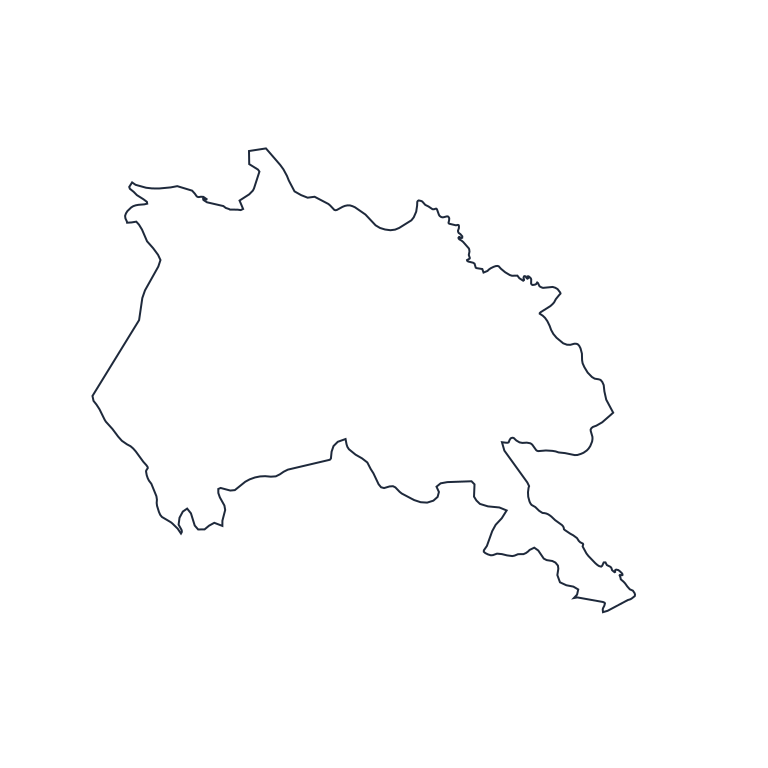 map outline of Diyala (Natural Earth projection), rotated 105°
{"feature_id": "IRQ-3243", "entity_name": "Diyala", "entity_type": "Province", "adm_level": 1, "iso_a3": "IRQ", "parent_name": "Iraq", "parent_adm1": "", "projection": "natural_earth1", "projection_center": [45.079, 34.055], "detail": "fine", "context": "isolated", "style": "outline", "palette": "slate", "viewbox_px": 768, "rotation_deg": 105, "n_neighbors": 0, "source": "natural_earth", "source_scale": "10m", "svg_char_len": 6144}
<svg xmlns="http://www.w3.org/2000/svg" viewBox="0 0 768 768"><g transform="rotate(105 384 384)"><path d="M541.6,145.2L537.5,143.0L532.2,143.2L530.7,148.6L531.2,155.8L530.0,162.7L523.7,167.1L517.3,167.8L514.4,169.0L512.1,172.2L511.4,175.6L512.0,181.3L511.3,184.5L504.9,191.9L503.2,196.5L506.6,200.4L508.5,201.5L510.5,203.1L512.2,205.2L513.7,210.5L516.0,213.5L517.0,215.5L517.7,220.8L517.8,226.1L518.6,230.9L521.1,234.5L521.8,236.4L521.7,239.4L521.1,242.4L520.2,244.2L518.8,244.5L513.8,242.7L498.1,241.4L491.1,239.7L483.2,235.5L474.4,232.8L473.4,240.6L475.3,251.9L475.0,260.3L472.6,264.6L469.5,267.9L457.5,270.6L455.3,274.3L462.4,297.5L465.3,303.6L469.6,306.7L474.1,303.0L479.2,303.0L483.9,306.1L487.4,311.6L488.7,318.0L488.3,324.9L485.2,338.5L484.1,341.0L480.9,346.3L480.4,348.9L481.5,352.1L484.5,357.0L484.5,360.1L482.2,363.3L473.0,371.1L469.6,374.8L464.1,379.8L461.5,386.0L459.6,393.2L456.1,401.0L454.2,403.1L451.9,404.6L447.1,406.9L451.8,413.7L457.0,416.7L462.9,417.1L469.7,416.0L471.2,416.7L491.6,454.7L494.7,458.2L498.2,461.2L501.2,464.6L502.8,469.3L503.8,475.0L505.4,479.9L507.7,484.5L510.9,489.1L514.3,492.7L525.1,500.6L526.7,504.9L526.7,514.9L528.3,516.9L532.2,515.8L536.0,513.2L542.7,506.7L546.8,504.8L557.9,504.7L562.9,503.4L562.0,512.0L566.1,516.3L570.9,519.7L572.6,525.9L569.7,530.2L558.9,537.0L555.3,541.9L559.3,545.3L566.1,546.9L573.0,546.0L577.2,541.9L578.4,541.2L579.5,541.0L581.0,541.4L577.1,545.9L573.5,552.3L572.7,554.1L569.9,564.1L568.3,566.3L565.8,568.3L560.4,571.7L557.7,572.8L554.5,573.4L551.3,574.8L540.6,582.9L538.2,586.0L536.2,587.8L533.5,589.6L530.1,591.2L529.1,591.3L526.3,590.4L525.3,590.9L524.0,592.4L521.4,596.4L513.4,606.3L511.2,609.6L509.7,612.7L508.8,616.6L506.7,622.5L503.6,627.2L497.7,634.7L492.4,642.9L490.8,644.6L482.0,652.3L478.3,656.4L475.5,660.2L471.0,662.5L385.7,637.1L363.5,639.7L355.4,639.1L329.0,632.4L322.1,632.0L317.7,635.7L312.6,642.1L307.5,649.8L297.5,657.7L293.5,661.9L291.3,665.3L293.3,669.7L294.7,673.9L293.6,674.4L291.0,676.6L288.6,677.6L286.0,677.4L283.4,676.6L278.9,673.9L277.1,672.2L275.7,670.1L274.5,667.6L272.5,662.0L271.1,659.4L269.4,660.2L267.8,664.2L265.5,671.6L263.2,675.5L261.2,680.0L259.6,681.1L254.5,679.5L255.9,675.5L256.0,664.6L255.1,658.6L253.3,651.7L249.3,640.9L246.4,634.9L246.9,619.4L249.1,616.0L251.2,613.5L251.5,612.5L251.4,611.3L250.5,609.3L250.0,606.9L251.6,602.4L251.6,605.0L251.0,605.8L251.1,606.6L251.9,606.7L253.0,606.0L254.3,602.0L253.7,585.2L254.9,582.4L255.1,579.0L255.4,577.9L253.5,570.6L253.1,567.4L251.4,565.4L244.2,571.0L235.7,563.3L231.1,560.7L228.8,560.2L211.1,559.3L209.5,561.2L206.5,571.1L193.9,574.7L187.0,559.0L199.3,540.9L202.7,536.7L208.1,531.6L212.1,528.6L221.1,520.3L223.0,513.0L223.8,506.0L221.1,499.5L224.5,484.3L225.5,482.2L228.7,477.0L228.7,475.8L228.1,474.6L223.6,469.9L222.1,467.9L220.9,465.5L220.3,463.0L220.4,460.4L220.8,457.8L225.1,445.8L232.9,433.2L234.3,428.3L234.5,423.0L233.8,417.6L232.0,413.2L229.3,409.7L218.8,399.9L215.3,398.4L209.2,397.5L203.0,398.2L199.5,399.0L198.4,398.7L197.7,398.0L197.6,395.6L197.8,394.3L200.3,390.5L201.0,387.0L202.6,382.4L202.3,381.0L201.1,379.1L201.5,378.1L206.4,374.7L207.3,373.7L207.9,372.0L207.9,370.8L207.6,369.8L205.9,366.8L205.6,365.7L206.1,364.7L207.0,363.9L208.9,363.5L211.6,363.4L212.1,363.0L212.3,362.3L212.1,355.6L211.2,353.8L211.2,353.1L212.0,352.5L214.1,352.0L216.8,352.2L217.8,351.8L218.8,350.9L219.4,349.1L221.1,346.6L222.5,346.3L222.9,346.9L223.0,347.7L222.4,349.1L222.5,349.5L223.6,349.9L224.3,349.4L224.8,348.6L225.4,346.3L226.3,344.3L231.1,337.1L232.0,336.5L234.0,335.7L237.4,335.5L240.1,333.7L240.8,333.8L242.8,335.9L243.4,335.6L243.9,334.4L243.8,329.3L244.3,327.7L247.9,325.5L248.1,324.4L247.5,318.8L250.6,316.7L248.0,313.3L246.4,312.4L244.6,310.9L242.5,308.5L241.2,306.6L240.6,305.0L240.6,303.7L242.4,300.9L244.7,295.9L246.2,290.6L246.3,288.4L244.8,283.2L246.8,280.6L248.2,276.3L247.5,275.7L246.8,275.8L245.5,276.7L243.9,276.7L243.4,276.1L243.4,275.3L245.0,273.3L245.1,272.6L244.4,272.1L242.8,273.0L242.6,272.6L242.8,271.5L243.9,269.6L244.8,268.9L248.9,267.9L249.7,267.1L249.9,266.0L248.9,263.8L248.1,262.9L246.3,262.3L246.6,261.5L249.4,259.0L249.9,256.9L250.0,255.3L246.6,246.2L246.7,243.5L247.4,240.9L250.1,237.4L251.0,236.9L253.1,238.0L257.6,240.0L261.1,240.8L263.1,241.8L265.6,243.4L273.9,251.1L275.1,251.9L275.8,251.8L276.9,248.4L278.4,245.6L281.0,242.5L284.9,239.1L288.6,236.5L291.9,233.3L294.7,229.3L298.3,221.5L298.7,217.4L297.9,214.1L295.9,210.7L295.4,208.9L295.4,207.3L296.5,205.4L298.7,203.4L303.4,200.7L309.8,198.8L312.6,197.5L315.9,194.8L320.3,190.2L323.4,185.0L324.3,181.9L323.9,177.8L324.0,175.9L325.5,173.7L328.2,171.5L334.1,169.2L341.6,165.3L352.4,155.2L364.5,163.3L369.3,168.1L371.4,171.1L372.9,172.2L374.5,172.6L375.8,172.2L381.1,169.0L383.1,168.4L385.7,168.1L390.6,168.7L393.5,169.7L395.7,170.9L398.8,173.5L400.6,175.8L402.5,178.8L403.3,181.3L403.9,191.3L404.9,197.6L404.7,200.8L405.0,204.0L406.3,210.4L408.9,217.6L408.9,218.8L408.5,219.9L404.3,225.0L403.7,226.2L403.4,227.5L403.7,230.9L405.1,235.1L405.3,238.0L404.3,241.6L402.6,244.7L402.6,245.8L403.2,247.0L403.8,247.6L405.6,248.2L408.1,248.5L408.7,249.3L409.1,250.7L409.7,255.0L417.2,250.5L442.0,220.1L445.1,217.4L446.8,217.5L451.3,216.9L455.6,215.5L459.9,213.0L461.5,211.6L462.6,210.2L463.7,206.0L466.3,201.4L467.4,198.0L467.5,197.2L467.2,195.7L467.1,193.7L467.4,191.7L467.9,190.1L468.7,188.1L471.2,183.5L474.2,175.6L475.2,174.1L476.3,173.2L477.7,172.6L478.2,171.7L480.4,165.3L481.2,162.0L482.9,157.7L485.1,155.3L486.1,153.5L486.7,150.6L487.3,150.1L489.5,150.1L495.3,144.6L497.2,142.1L502.4,133.5L503.6,131.0L504.2,129.2L504.2,127.0L503.1,126.2L499.5,125.6L499.0,123.9L501.2,121.9L502.0,117.9L502.9,116.7L504.8,115.5L505.8,113.4L506.1,112.5L505.7,112.1L504.5,112.5L503.8,112.4L503.2,111.7L503.1,109.5L503.7,108.0L505.1,105.4L505.9,104.5L506.7,104.2L507.2,104.7L507.4,106.7L507.8,106.9L509.6,105.6L511.4,104.7L513.0,101.4L514.2,99.5L516.6,96.6L518.7,93.4L519.2,90.1L521.2,87.8L522.5,87.0L524.0,86.9L527.3,89.4L528.3,90.5L529.6,92.6L545.2,109.3L547.7,113.4L545.1,114.4L543.9,114.4L541.1,113.8L538.7,113.8L538.2,114.3L537.9,116.2L540.1,142.0L541.6,145.2Z" fill="none" stroke="#1e293b" stroke-width="2"/></g></svg>